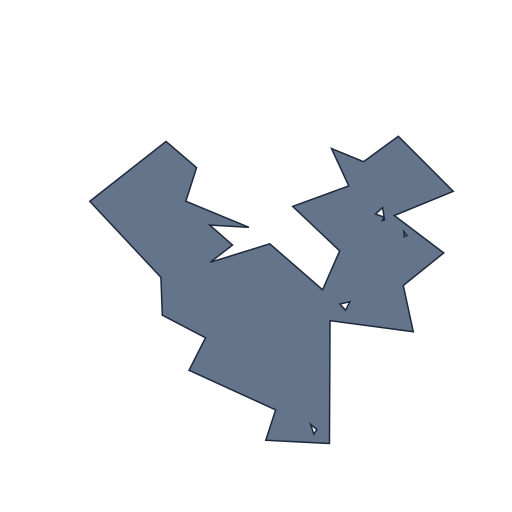 an SVG outline of Oromiya, rotated 113°
{"feature_id": "ETH-3131", "entity_name": "Oromiya", "entity_type": "Administrative State", "adm_level": 1, "iso_a3": "ETH", "parent_name": "Ethiopia", "parent_adm1": "", "projection": "equal_earth", "projection_center": [38.367, 6.948], "detail": "coarse", "context": "isolated", "style": "filled", "palette": "slate", "viewbox_px": 512, "rotation_deg": 113, "n_neighbors": 0, "source": "natural_earth", "source_scale": "10m", "svg_char_len": 771}
<svg xmlns="http://www.w3.org/2000/svg" viewBox="0 0 512 512"><g transform="rotate(113 256 256)"><path d="M90.2,171.8L119.4,99.7L164.7,144.5L179.8,84.4L225.6,108.9L264.3,81.6L286.6,162.6L399.9,115.1L421.8,175.0L390.0,177.8L387.4,273.0L351.0,270.5L347.1,319.1L312.8,335.2L270.6,430.4L185.7,383.6L197.9,345.2L233.0,342.0L232.4,273.8L245.6,310.7L255.1,281.9L279.6,295.6L239.4,248.1L261.1,181.5L218.6,181.0L196.0,241.6L155.2,198.0L127.6,228.5L127.2,193.9L90.2,171.8ZM270.9,152.4L261.4,151.7L267.5,160.1L270.9,152.4ZM170.1,153.3L162.0,158.4L170.7,162.4L170.1,153.3ZM389.6,139.9L397.4,133.2L392.0,132.1L389.6,139.9ZM175.7,129.4L180.3,127.0L178.2,125.1L175.7,129.4ZM170.5,153.5L174.1,153.6L172.4,151.7L170.5,153.5Z" fill="#64748b" stroke="#1e293b" stroke-width="1.5"/></g></svg>